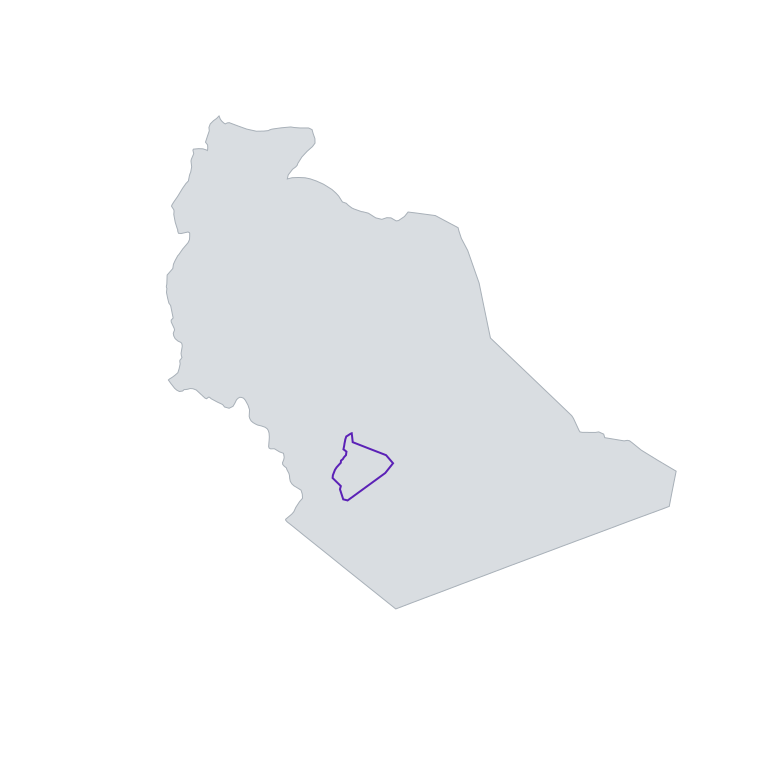 Mourtcha, Ennedi, Chad shown in context, rotated 129°
{"feature_id": "50815135B12013942151217", "entity_name": "Mourtcha", "entity_type": "district", "adm_level": 2, "iso_a3": "TCD", "parent_name": "Chad", "parent_adm1": "Ennedi", "projection": "natural_earth1", "projection_center": [21.235, 16.282], "detail": "fine", "context": "in_parent", "style": "outline", "palette": "violet", "viewbox_px": 768, "rotation_deg": 129, "n_neighbors": 0, "source": "geoboundaries", "source_scale": "gbopen_adm2", "svg_char_len": 4256}
<svg xmlns="http://www.w3.org/2000/svg" viewBox="0 0 768 768"><g transform="rotate(129 384 384)"><path d="M551.4,233.3L551.5,250.0L551.6,266.7L551.7,283.4L551.8,300.2L551.8,316.8L551.9,333.5L552.0,350.2L552.0,366.9L552.1,372.5L551.7,374.7L551.5,375.0L550.9,375.3L543.3,373.8L540.0,373.7L535.3,374.9L528.5,375.6L524.1,375.4L521.0,378.2L518.7,381.7L519.8,390.0L519.6,392.7L518.6,395.6L516.6,398.0L514.5,400.0L513.3,401.7L511.7,405.4L510.6,407.2L510.7,409.6L510.3,412.0L509.1,413.3L505.9,414.3L503.8,415.4L502.2,417.2L501.1,418.5L501.7,420.2L502.5,422.5L503.0,426.2L503.3,428.4L504.8,430.2L505.8,431.4L506.1,433.0L505.2,434.3L501.3,437.0L499.8,438.0L498.0,439.3L497.3,439.8L494.5,442.4L493.0,444.6L492.3,446.5L492.4,449.1L493.8,453.0L495.4,456.3L496.0,458.8L496.4,461.5L496.3,464.1L495.4,466.4L494.0,468.4L488.7,472.2L486.0,476.4L483.9,481.5L483.4,484.2L484.0,486.1L485.1,487.7L486.7,488.4L489.0,488.7L492.9,487.8L496.4,487.3L500.3,489.1L502.2,493.4L501.5,496.5L502.9,502.1L504.2,509.0L504.1,511.3L504.7,512.1L507.1,512.6L507.6,514.2L506.8,526.1L507.9,529.5L509.6,531.9L511.4,533.1L513.2,534.7L514.1,535.8L516.2,536.1L518.6,538.3L519.2,541.2L519.1,544.0L517.7,550.1L516.6,554.1L515.2,553.9L512.4,552.9L509.0,552.0L504.9,551.3L500.9,552.9L496.6,555.1L495.2,556.7L494.0,557.6L492.1,557.5L490.4,557.8L489.5,559.3L487.9,561.0L481.7,564.5L480.4,565.8L479.6,567.0L479.6,568.4L480.3,571.2L480.2,574.8L478.9,577.7L477.3,579.6L475.4,580.3L473.9,580.7L472.9,581.9L469.7,588.4L468.3,589.6L465.4,589.4L457.3,599.2L456.5,602.1L453.5,606.1L449.7,610.7L446.3,612.9L446.0,613.7L445.1,614.6L443.1,615.6L435.8,621.1L427.2,620.8L423.4,623.0L419.6,624.0L414.2,625.0L412.6,624.9L405.6,625.4L397.4,625.2L394.3,626.0L391.3,628.1L389.1,629.9L388.8,630.5L389.1,631.3L389.1,631.9L394.8,636.4L396.2,638.6L394.8,640.8L394.1,641.1L393.1,642.9L389.7,648.0L384.6,654.0L382.0,655.8L380.9,656.9L379.6,660.9L378.7,661.4L375.2,661.9L368.2,662.4L358.6,663.7L352.9,664.1L349.3,663.8L344.2,666.5L342.4,667.2L341.3,667.4L336.3,670.1L332.2,674.3L330.7,675.1L324.8,676.8L322.5,679.7L321.4,679.9L317.7,676.1L315.2,672.7L313.9,669.3L313.8,668.2L313.1,668.4L311.0,669.9L309.2,671.6L308.4,674.9L302.4,677.2L297.2,679.1L294.8,681.5L291.2,682.7L286.6,682.2L283.0,681.2L279.5,680.9L281.2,677.9L281.8,675.7L282.0,672.9L281.8,671.1L279.7,670.1L278.3,668.7L275.4,660.0L272.3,651.1L267.9,642.3L263.2,636.7L259.8,633.3L258.7,632.9L256.9,631.8L255.7,630.8L249.4,624.9L242.9,618.2L241.2,615.2L238.0,610.6L234.3,606.0L232.5,603.8L231.6,600.0L234.1,596.5L236.8,592.1L240.2,589.2L244.5,589.0L251.6,590.2L259.2,590.7L266.8,589.8L268.7,589.1L270.7,589.2L274.7,590.2L281.8,590.0L285.5,588.2L281.5,585.2L277.3,580.4L273.4,575.1L271.0,570.4L268.8,564.3L266.8,556.7L265.6,546.9L265.9,541.3L266.5,537.4L268.7,530.9L267.3,527.1L267.6,524.1L267.4,519.6L266.8,517.3L264.1,509.7L263.5,508.9L261.1,503.7L260.1,495.0L257.4,489.3L253.0,486.5L250.5,483.1L249.6,477.2L247.9,475.6L241.0,473.5L235.2,473.5L231.0,466.8L225.7,458.1L220.8,450.1L217.7,434.0L215.9,424.8L218.0,422.0L222.2,415.5L227.6,402.9L239.6,383.5L245.7,373.6L257.9,358.8L272.9,340.5L281.3,330.2L282.8,311.5L284.4,291.7L285.6,276.8L287.1,259.0L288.3,244.2L289.2,233.4L290.5,218.1L291.5,215.1L297.4,203.1L297.9,201.5L296.8,199.5L288.7,189.3L286.1,187.0L284.7,181.7L286.8,178.7L277.1,161.6L274.7,159.5L273.6,157.4L273.5,154.3L273.5,142.4L271.1,123.8L267.9,102.1L279.5,96.0L288.4,91.3L299.6,85.3L310.0,91.4L324.9,100.3L339.9,109.2L354.9,118.0L370.0,126.9L385.0,135.8L400.1,144.7L415.1,153.5L430.2,162.4L445.3,171.3L460.4,180.1L475.6,189.0L490.7,197.9L505.9,206.7L521.0,215.6L536.2,224.5L551.4,233.3Z" fill="#d9dde1" stroke="#a8b0b8" stroke-width="1"/><path d="M442.6,378.1L442.9,378.3L444.1,378.8L445.6,379.3L446.5,379.6L447.0,379.7L448.5,380.3L451.7,379.1L452.1,378.8L455.2,377.2L456.5,376.4L457.4,375.9L460.3,374.4L460.2,372.6L460.2,370.9L460.2,370.6L462.7,369.1L463.1,368.8L466.3,369.0L468.3,368.7L470.1,369.1L470.6,369.2L471.4,368.7L472.4,368.0L475.1,368.2L478.9,368.4L479.2,368.3L481.5,368.1L484.3,367.2L484.7,367.1L486.8,366.4L487.1,366.3L488.3,365.5L489.4,364.8L490.5,353.3L493.5,352.0L499.3,343.1L497.5,339.3L497.4,339.0L452.4,327.0L439.9,327.1L438.0,337.6L443.4,354.4L448.9,371.7L445.3,375.3L442.6,378.1Z" fill="none" stroke="#5b21b6" stroke-width="2"/></g></svg>